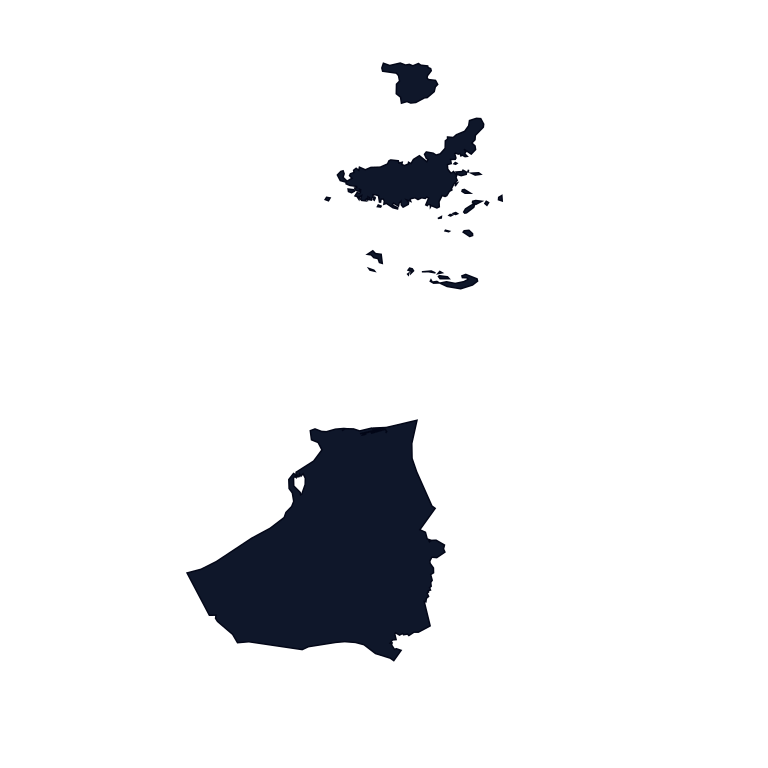 the district of Aceh Singkil, Aceh, Indonesia, rotated 120°
{"feature_id": "22746128B17710719872214", "entity_name": "Aceh Singkil", "entity_type": "district", "adm_level": 2, "iso_a3": "IDN", "parent_name": "Indonesia", "parent_adm1": "Aceh", "projection": "mercator", "projection_center": [97.426, 2.307], "detail": "fine", "context": "isolated", "style": "filled", "palette": "ink", "viewbox_px": 768, "rotation_deg": 120, "n_neighbors": 0, "source": "geoboundaries", "source_scale": "gbopen_adm2", "svg_char_len": 6186}
<svg xmlns="http://www.w3.org/2000/svg" viewBox="0 0 768 768"><g transform="rotate(120 384 384)"><path d="M398.9,337.3L420.5,360.3L427.8,371.7L422.6,360.3L423.7,357.9L424.1,357.8L425.6,358.0L423.8,358.0L422.8,360.4L433.3,370.6L424.9,363.9L436.0,375.8L436.6,374.8L437.5,375.4L438.7,376.8L436.3,376.0L438.1,378.4L439.0,380.0L426.7,366.7L427.5,370.1L429.3,371.7L428.2,371.1L428.2,372.5L436.8,381.6L438.1,387.9L442.0,395.1L445.5,397.0L442.0,395.3L442.6,396.6L447.4,403.5L454.1,410.0L456.3,414.4L457.4,421.3L461.3,424.5L468.6,418.9L467.6,411.8L472.1,404.8L485.9,406.4L504.3,416.0L506.5,414.8L506.4,413.4L508.2,413.1L506.6,411.2L504.1,412.1L505.3,409.8L502.1,409.2L505.0,405.0L510.5,402.0L520.7,400.1L521.7,400.8L519.8,402.4L517.4,411.2L510.7,415.3L508.7,415.1L508.9,413.6L506.8,415.2L506.7,417.6L514.3,418.7L522.0,413.9L524.2,408.9L530.8,403.5L536.3,402.7L544.2,404.7L549.5,403.7L565.9,410.5L583.5,421.4L621.6,440.4L635.9,449.8L646.1,460.1L671.6,419.6L668.2,413.9L671.2,412.7L672.9,409.4L676.5,389.9L681.3,381.5L674.8,372.2L654.9,322.0L649.3,318.1L632.0,296.7L626.8,289.3L622.1,279.5L619.8,271.0L621.7,256.6L618.3,241.5L618.7,237.2L606.1,236.0L607.1,241.0L608.6,242.2L606.2,247.0L604.2,247.5L605.2,249.1L601.4,248.7L599.3,245.7L595.1,249.7L593.7,249.6L593.7,245.0L590.8,243.2L591.4,241.7L588.8,238.6L589.4,236.7L584.0,234.0L581.7,230.1L570.4,223.1L552.2,240.5L551.7,238.8L548.5,240.1L545.6,239.2L543.6,242.1L541.9,241.4L541.1,242.4L539.2,240.7L537.6,242.7L535.6,242.0L532.5,244.3L529.9,244.1L525.7,248.3L522.7,246.7L518.6,249.2L516.3,254.4L514.4,255.8L510.1,256.0L508.0,251.5L499.1,247.2L497.1,250.0L493.2,251.1L493.2,260.8L495.7,264.7L498.0,265.7L497.4,266.7L496.0,266.0L496.6,269.1L491.7,274.0L492.3,280.1L466.1,277.5L465.7,281.5L443.7,311.8L434.4,322.5L421.6,330.2L398.9,337.3ZM135.2,421.9L132.3,424.2L131.4,428.4L127.0,427.3L123.0,429.2L111.9,426.4L109.1,427.6L105.8,432.9L107.7,436.8L113.1,441.7L118.0,439.8L124.8,440.5L131.8,445.9L135.9,447.3L138.3,452.5L140.3,451.4L142.7,452.5L149.3,448.9L156.6,450.4L159.7,453.4L159.5,456.8L161.9,463.4L164.8,463.8L167.4,460.2L167.5,458.1L170.1,458.1L168.6,467.5L174.8,470.8L179.6,470.8L179.7,473.6L181.3,473.0L184.5,475.4L185.0,478.3L182.8,479.1L185.2,481.6L183.5,483.2L186.6,490.2L188.2,491.3L191.7,491.0L198.1,495.7L203.0,503.7L207.8,507.3L208.5,513.7L211.6,512.7L211.1,516.0L214.1,517.2L215.8,515.7L218.7,518.2L220.8,518.0L221.8,514.6L226.8,517.4L225.5,522.8L221.9,523.6L219.8,526.0L221.5,527.7L226.3,528.9L229.7,523.6L228.2,517.8L229.6,516.9L229.1,512.8L226.6,506.5L227.6,505.7L228.9,507.4L230.3,505.6L229.4,500.8L227.6,502.6L227.4,501.3L230.1,500.2L231.2,500.6L231.5,503.0L235.6,503.2L234.9,499.4L235.8,499.8L236.7,497.9L234.0,498.8L232.0,497.6L235.7,496.6L236.2,495.2L234.4,491.1L233.9,492.2L232.3,491.8L232.8,490.3L229.8,491.6L229.8,489.7L231.9,489.3L231.0,486.8L229.4,487.6L227.8,486.7L225.5,488.2L224.2,485.5L223.8,482.8L228.7,478.9L228.2,477.9L225.5,479.0L224.2,477.4L225.2,475.3L228.4,474.0L226.4,472.2L226.9,464.4L225.6,459.8L224.5,460.2L224.9,466.4L222.6,466.1L222.7,460.4L219.6,461.4L217.1,460.7L220.3,458.5L221.3,455.9L216.3,452.8L214.6,453.4L213.3,456.6L212.5,452.1L211.2,453.8L209.9,453.2L207.2,450.2L207.3,446.8L203.9,444.5L202.7,441.0L200.7,440.4L200.7,438.3L208.0,437.4L207.9,435.7L206.5,435.6L205.6,433.5L207.5,432.3L205.9,432.3L205.1,426.2L202.9,424.7L198.6,427.5L191.7,427.9L191.1,424.9L189.5,423.8L184.5,423.7L182.0,422.2L181.1,423.3L175.5,423.5L171.1,422.3L169.3,424.8L167.2,425.3L165.2,430.0L168.0,431.3L166.1,436.2L162.3,438.8L159.5,436.0L156.3,438.6L153.8,434.6L152.3,434.7L149.2,437.9L148.2,437.3L147.8,434.6L146.4,433.6L148.0,431.4L146.7,430.9L146.6,427.5L145.2,425.7L144.2,429.3L142.1,429.2L140.6,432.1L141.3,423.4L135.2,421.9ZM105.7,486.7L101.1,488.1L97.7,487.3L95.3,491.2L98.1,497.7L97.5,499.7L95.3,500.5L89.1,499.7L87.5,501.3L87.9,504.0L86.7,505.2L89.5,511.6L89.2,514.4L94.0,518.1L94.5,521.9L97.0,524.8L97.9,530.4L105.3,538.3L106.5,544.9L111.4,543.9L113.8,541.6L108.6,528.7L109.7,525.6L113.9,522.0L118.1,523.1L126.5,518.5L127.3,513.1L132.1,509.3L127.9,505.3L127.3,501.3L124.3,497.2L115.9,492.0L114.4,489.8L105.7,486.7ZM248.1,354.4L246.4,356.0L248.2,368.0L251.4,370.6L252.7,369.3L250.6,365.4L251.2,363.4L255.4,366.0L261.3,372.6L264.2,381.0L268.7,386.1L268.0,378.1L263.2,365.2L254.0,356.8L248.1,354.4ZM278.4,451.9L281.1,448.7L280.4,445.8L273.1,451.3L275.3,456.6L274.2,460.3L280.0,463.2L278.6,459.6L279.7,456.0L278.4,451.9ZM195.2,401.0L195.7,399.5L194.5,398.1L186.1,394.6L183.8,395.1L183.6,396.6L186.2,398.2L191.6,401.0L195.2,401.0ZM165.0,421.3L161.3,417.6L159.3,418.4L159.3,422.5L160.8,422.4L164.4,427.6L165.9,425.3L165.0,421.3ZM212.9,391.4L213.4,383.5L211.1,381.5L209.5,382.5L208.4,387.3L211.2,391.2L212.9,391.4ZM182.8,398.0L182.4,394.2L176.8,390.6L179.2,396.3L181.4,398.6L182.8,398.0ZM264.8,388.1L260.2,380.2L259.4,382.6L262.5,390.2L263.7,390.6L264.8,388.1ZM234.6,507.7L231.8,506.0L230.9,507.5L233.1,512.6L235.1,511.0L234.6,507.7ZM178.2,412.8L178.3,409.2L175.5,404.5L175.3,411.7L176.7,413.2L178.2,412.8ZM157.8,413.9L157.5,409.5L154.0,405.0L153.7,407.6L157.8,413.9ZM274.8,416.0L271.2,415.0L270.1,417.1L270.8,419.8L273.4,420.1L272.8,416.9L274.8,416.0ZM253.7,527.2L253.1,523.7L249.8,523.7L251.0,527.1L253.7,527.2ZM165.0,378.0L167.2,377.0L166.4,373.1L161.8,376.2L165.0,378.0ZM267.9,407.3L264.5,401.6L262.1,395.0L262.5,399.6L267.9,407.3ZM271.9,395.3L271.9,391.5L268.8,386.6L268.7,389.5L271.6,393.1L270.3,395.4L271.9,395.3ZM177.3,386.9L177.8,384.2L174.6,384.1L174.6,386.8L177.3,386.9ZM201.6,409.3L201.4,406.7L199.7,405.4L199.6,407.6L201.6,409.3ZM233.7,478.4L232.5,475.4L231.3,475.4L231.8,478.5L233.7,478.4ZM258.6,392.0L261.5,392.5L258.6,389.2L258.6,392.0ZM291.5,455.0L292.4,453.1L291.0,448.4L290.5,449.7L291.5,455.0ZM205.5,412.0L205.2,410.3L203.4,409.2L204.1,411.5L205.5,412.0ZM213.7,420.1L211.6,417.4L210.3,418.0L213.7,420.1ZM229.7,484.3L227.2,484.6L226.8,485.4L229.5,485.5L229.7,484.3ZM220.9,407.7L219.8,404.1L219.0,403.7L220.1,407.7L220.9,407.7ZM156.4,431.1L156.5,433.0L158.3,433.5L157.9,431.8L156.4,431.1ZM177.1,421.3L173.3,421.0L174.6,422.0L177.1,421.3ZM277.0,418.5L277.4,417.4L275.6,417.9L277.0,418.5ZM158.1,417.1L156.2,417.9L158.4,417.5L158.1,417.1Z" fill="#0f172a" stroke="#020617" stroke-width="1.5"/></g></svg>